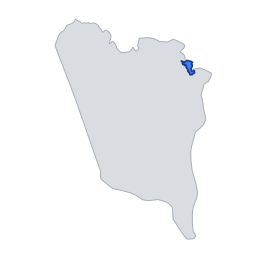 Harim, Idlib, Syria (highlighted), rotated 102°
{"feature_id": "27442178B79082810780972", "entity_name": "Harim", "entity_type": "district", "adm_level": 2, "iso_a3": "SYR", "parent_name": "Syria", "parent_adm1": "Idlib", "projection": "mercator", "projection_center": [36.609, 36.125], "detail": "fine", "context": "in_parent", "style": "filled", "palette": "blue", "viewbox_px": 256, "rotation_deg": 102, "n_neighbors": 0, "source": "geoboundaries", "source_scale": "gbopen_adm2", "svg_char_len": 4374}
<svg xmlns="http://www.w3.org/2000/svg" viewBox="0 0 256 256"><g transform="rotate(102 128 128)"><path d="M35.4,89.6L37.6,89.8L42.3,92.7L43.1,92.6L44.5,88.8L45.8,87.6L48.7,86.5L49.5,80.4L50.9,79.2L52.5,78.6L55.0,78.5L57.2,78.1L57.3,77.1L54.3,70.0L54.5,68.3L56.0,61.2L56.9,58.4L57.8,57.5L61.2,57.8L66.1,59.1L67.3,61.1L69.7,62.9L73.2,62.8L77.3,63.2L80.5,63.3L83.1,62.0L88.8,59.6L91.7,58.8L94.3,57.8L102.6,53.9L105.9,54.2L108.2,54.7L109.9,55.3L113.9,58.0L117.1,60.7L119.4,61.5L123.5,61.4L129.4,61.9L136.6,61.9L140.8,61.1L146.2,59.8L155.9,56.6L168.6,49.9L176.0,46.7L179.2,46.3L183.4,46.3L187.6,47.1L192.3,47.7L194.5,47.7L199.7,47.0L206.3,45.6L210.5,44.5L215.6,42.7L218.7,39.7L219.7,39.4L221.1,39.9L221.7,40.1L223.0,41.8L224.3,46.3L224.3,46.8L224.1,48.0L220.8,51.7L216.3,56.6L213.1,59.7L207.7,65.0L203.6,66.1L196.8,68.0L195.0,69.8L193.3,72.7L192.3,76.7L192.0,79.3L191.8,83.9L193.4,88.8L194.9,93.4L195.1,96.5L195.0,99.5L193.5,102.8L191.9,107.2L190.9,112.2L190.4,121.5L190.4,129.4L190.3,130.7L187.5,136.3L184.2,142.8L182.7,144.3L175.5,146.2L167.7,150.9L159.0,156.2L151.0,161.0L142.7,166.1L134.0,171.3L127.9,175.0L119.6,180.0L112.0,184.7L104.4,189.5L98.6,193.1L89.8,198.9L84.6,202.2L77.1,207.2L70.4,211.5L62.5,216.6L52.6,215.1L49.4,214.2L46.9,211.8L45.0,210.5L40.3,209.1L37.3,204.5L35.5,202.9L32.4,202.2L33.7,199.2L33.9,197.3L35.3,194.9L34.4,193.3L34.0,190.0L33.4,189.2L33.2,188.3L33.7,187.2L33.5,186.1L33.0,185.7L32.7,184.0L32.3,182.8L32.5,181.3L33.2,180.3L33.9,178.4L34.7,177.9L36.1,176.7L36.4,175.5L37.6,174.3L39.2,173.3L39.6,172.5L39.3,172.1L37.7,171.2L36.9,169.6L37.6,167.3L38.2,166.6L39.1,165.5L41.3,163.8L42.9,163.6L44.4,163.6L46.8,163.7L48.7,164.0L49.2,163.6L49.2,163.0L46.8,161.6L46.7,160.6L47.3,159.4L48.9,157.5L50.9,156.2L51.9,155.9L54.2,153.2L55.7,150.1L53.3,142.6L51.9,141.5L49.6,140.4L48.2,140.3L48.1,139.8L49.9,137.9L51.2,136.2L49.8,134.6L47.2,133.9L46.3,135.5L43.0,135.7L37.9,135.7L35.6,127.7L35.3,124.3L35.3,120.3L36.9,114.5L36.2,111.8L36.1,109.9L35.7,107.4L31.7,102.0L33.9,92.0L35.4,89.6Z" fill="#d9dde1" stroke="#a8b0b8" stroke-width="1"/><path d="M60.8,75.3L60.7,75.2L60.6,74.8L60.6,74.7L60.4,74.5L60.3,74.4L60.2,74.3L59.8,74.4L59.7,74.4L59.7,74.5L59.8,74.6L59.7,74.8L59.3,75.0L58.9,75.0L58.6,74.9L58.4,74.9L58.2,75.0L58.1,75.3L58.2,75.7L58.5,75.7L58.9,75.9L59.0,76.0L58.8,76.5L58.8,76.8L58.9,77.0L59.0,77.1L59.2,77.4L59.2,77.5L59.0,77.8L58.6,78.0L58.3,78.3L58.0,78.3L57.7,78.3L57.4,78.3L56.9,78.7L56.7,78.7L56.6,78.8L56.4,78.7L55.8,78.4L55.7,78.3L55.6,78.2L54.8,78.3L54.4,78.0L54.1,78.0L53.8,78.0L53.7,78.1L53.4,78.3L53.3,78.2L53.2,78.2L52.9,78.2L52.9,78.3L52.9,78.5L52.7,78.9L52.7,79.0L52.5,79.3L52.3,79.3L52.2,79.2L51.9,79.1L51.3,79.0L51.0,78.8L50.8,78.7L50.6,78.5L50.3,78.4L50.2,78.5L50.2,78.9L50.2,79.0L50.3,79.3L50.3,79.6L50.2,79.7L50.1,79.8L49.9,79.8L49.8,80.0L49.7,80.1L49.6,80.5L49.9,81.1L50.0,81.4L49.7,82.3L49.8,82.7L49.8,82.8L49.8,83.0L50.1,83.3L50.2,83.6L50.0,84.0L49.9,84.1L50.0,84.5L50.1,84.8L50.3,84.8L50.5,84.9L50.6,85.1L50.7,85.3L50.9,85.5L51.1,85.6L51.1,85.9L51.2,86.1L51.3,86.2L51.6,86.2L51.8,86.2L52.0,86.2L52.2,86.3L52.1,86.5L52.1,86.8L51.8,87.0L51.7,87.1L51.7,87.3L51.6,87.5L51.6,87.8L51.8,88.0L51.7,88.1L51.6,88.3L51.5,88.5L51.4,88.7L51.4,89.0L51.3,89.3L51.3,89.7L51.5,89.8L51.7,89.5L51.9,89.2L52.1,88.7L52.1,88.2L52.3,87.9L52.5,87.9L52.6,88.2L52.7,88.3L52.8,88.3L53.3,88.3L53.6,88.3L53.7,88.1L53.8,87.9L53.8,87.7L54.0,87.6L54.3,87.6L54.2,87.3L54.2,87.1L54.2,86.9L54.2,86.5L54.2,86.1L54.2,85.8L54.3,85.7L54.5,85.7L54.6,85.8L54.7,86.0L55.2,86.0L55.3,85.9L55.2,85.7L54.8,85.7L54.7,85.6L54.7,85.2L54.4,84.9L54.3,84.7L54.5,84.3L55.3,83.9L55.3,84.0L55.5,84.1L55.8,84.0L55.9,83.8L56.1,83.8L56.4,83.8L56.4,83.7L56.5,83.4L56.5,83.2L57.2,83.3L57.3,83.2L57.5,83.0L57.7,82.8L57.7,82.7L57.8,82.6L57.8,82.3L57.9,82.0L58.0,81.9L58.0,81.6L58.3,81.3L58.4,81.2L58.5,81.2L58.9,81.4L59.0,81.5L59.3,81.6L59.6,81.5L59.5,81.4L59.4,81.4L59.3,81.2L59.7,81.0L60.0,80.9L60.2,80.7L60.3,80.7L60.6,80.7L60.8,80.6L60.9,80.4L60.9,80.2L61.0,80.2L61.2,79.9L60.9,79.7L61.0,79.6L61.2,79.4L61.3,79.2L61.5,79.0L61.8,78.9L62.0,78.8L62.3,78.8L62.8,78.7L62.8,78.4L62.9,78.2L63.0,78.2L63.1,77.8L63.0,77.6L62.9,77.6L62.7,77.6L62.6,77.3L62.6,77.2L62.4,77.0L62.4,76.9L62.4,76.7L62.5,76.6L62.6,76.4L62.4,76.3L62.0,76.4L61.8,76.4L61.7,76.4L61.7,76.2L61.6,75.9L61.6,75.7L61.4,75.6L61.1,75.7L60.9,75.6L60.8,75.4L60.8,75.3Z" fill="#3b82f6" stroke="#1e3a8a" stroke-width="1.5"/></g></svg>